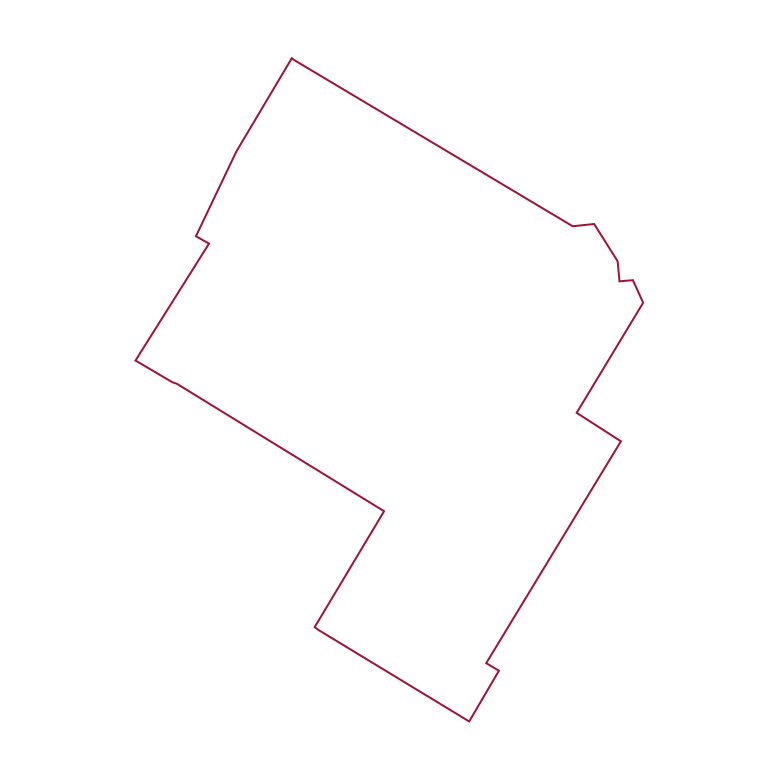 outline of Allen, Louisiana, United States of America, rotated 301°
{"feature_id": "52423323B27353189607616", "entity_name": "Allen", "entity_type": "district", "adm_level": 2, "iso_a3": "USA", "parent_name": "United States of America", "parent_adm1": "Louisiana", "projection": "orthographic", "projection_center": [-92.817, 30.661], "detail": "fine", "context": "isolated", "style": "outline", "palette": "rose", "viewbox_px": 768, "rotation_deg": 301, "n_neighbors": 0, "source": "geoboundaries", "source_scale": "gbopen_adm2", "svg_char_len": 442}
<svg xmlns="http://www.w3.org/2000/svg" viewBox="0 0 768 768"><g transform="rotate(301 384 384)"><path d="M615.4,140.2L615.7,137.2L507.2,137.7L413.8,146.7L414.2,161.7L276.1,158.9L276.5,201.5L277.5,206.3L275.0,449.6L139.9,449.8L139.4,454.5L138.6,630.8L197.4,630.2L197.4,615.4L456.9,616.6L458.5,564.0L587.1,564.3L601.2,543.9L593.3,533.0L609.5,521.1L629.4,481.7L616.4,464.5L615.4,140.2Z" fill="none" stroke="#9f1239" stroke-width="2"/></g></svg>